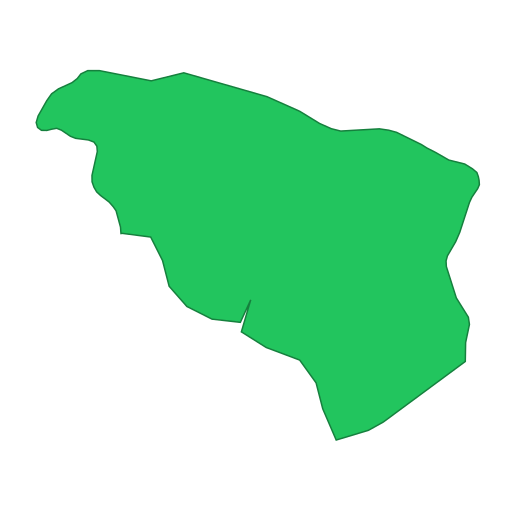 the border of Samut Songkhram, rotated 91°
{"feature_id": "THA-424", "entity_name": "Samut Songkhram", "entity_type": "Province", "adm_level": 1, "iso_a3": "THA", "parent_name": "Thailand", "parent_adm1": "", "projection": "albers", "projection_center": [99.94, 13.375], "detail": "fine", "context": "isolated", "style": "filled", "palette": "green", "viewbox_px": 512, "rotation_deg": 91, "n_neighbors": 0, "source": "natural_earth", "source_scale": "10m", "svg_char_len": 1121}
<svg xmlns="http://www.w3.org/2000/svg" viewBox="0 0 512 512"><g transform="rotate(91 256 256)"><path d="M438.6,172.6L407.6,186.6L381.8,193.7L359.3,210.5L347.3,244.2L332.1,269.3L299.9,260.5L322.6,270.5L319.9,298.9L307.7,324.2L287.8,342.3L262.1,349.4L238.9,361.6L235.7,390.0L235.9,391.4L229.4,392.0L213.2,396.7L209.2,399.6L204.6,403.8L198.2,412.5L194.7,416.4L190.1,419.2L184.7,421.2L178.3,421.4L154.4,416.5L149.0,417.0L144.9,420.0L142.9,425.6L141.5,438.4L139.5,443.7L133.6,452.7L131.8,457.5L132.8,462.6L134.1,467.3L134.1,472.7L131.3,476.6L126.4,478.1L119.8,476.3L104.3,467.9L97.4,463.2L92.3,456.4L85.9,443.0L81.7,437.8L77.0,434.3L73.6,427.5L73.4,415.7L82.7,363.8L74.1,331.4L96.5,247.8L110.5,214.9L122.4,194.7L127.4,182.9L129.6,173.5L126.7,134.9L127.9,125.5L129.9,117.6L141.7,92.5L145.1,86.9L149.4,78.1L156.7,64.9L160.4,48.9L165.1,41.0L168.7,36.6L172.7,35.1L176.3,34.3L180.8,33.9L184.7,35.5L193.5,41.2L198.7,43.5L228.8,52.7L238.2,56.6L252.5,64.6L257.6,65.9L263.2,65.5L294.4,55.0L313.5,42.6L320.7,41.4L338.9,44.9L357.8,44.9L419.7,125.7L428.3,140.5L438.6,172.6Z" fill="#22c55e" stroke="#15803d" stroke-width="1.5"/></g></svg>